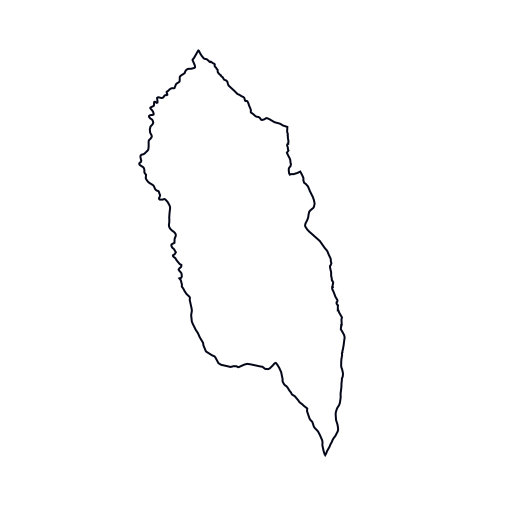 Durania, Norte de Santander, Colombia (Equal Earth projection), rotated 331°
{"feature_id": "7082276B9527918417262", "entity_name": "Durania", "entity_type": "district", "adm_level": 2, "iso_a3": "COL", "parent_name": "Colombia", "parent_adm1": "Norte de Santander", "projection": "equal_earth", "projection_center": [-72.667, 7.738], "detail": "fine", "context": "isolated", "style": "outline", "palette": "ink", "viewbox_px": 512, "rotation_deg": 331, "n_neighbors": 0, "source": "geoboundaries", "source_scale": "gbopen_adm2", "svg_char_len": 6042}
<svg xmlns="http://www.w3.org/2000/svg" viewBox="0 0 512 512"><g transform="rotate(331 256 256)"><path d="M220.0,463.7L221.5,462.8L223.7,461.0L227.5,458.7L230.0,456.7L231.7,455.7L234.0,453.9L235.7,452.9L238.1,451.9L242.7,448.8L243.8,447.4L244.8,445.1L245.6,442.7L246.5,438.2L249.0,432.9L250.3,431.1L252.4,429.1L253.6,428.2L256.1,426.9L258.0,425.3L260.1,422.6L261.5,420.7L263.3,417.3L266.9,412.4L269.1,408.7L270.6,406.7L271.8,404.7L273.2,403.7L274.5,402.0L275.4,400.2L276.5,396.4L276.6,395.1L277.1,393.6L279.2,389.9L280.7,387.6L283.3,384.4L283.9,382.9L284.3,382.4L284.9,382.2L285.4,381.1L286.2,380.4L289.0,377.0L294.1,370.1L294.7,368.0L294.8,365.3L294.7,361.1L296.7,358.3L297.4,356.9L297.4,357.9L297.7,357.6L300.0,352.9L301.4,351.4L301.3,345.7L301.7,343.4L301.2,343.2L303.3,339.5L303.8,338.9L303.6,338.5L303.4,337.1L303.4,336.7L303.8,335.9L304.1,335.5L304.9,335.4L305.6,334.5L305.8,333.8L305.7,330.2L306.5,324.7L306.6,322.2L306.9,321.3L307.9,319.4L307.8,320.3L308.1,320.4L308.2,319.8L308.8,318.7L309.6,318.0L310.7,316.5L310.8,314.2L310.6,314.1L310.7,313.7L311.6,311.8L312.0,310.0L313.8,306.7L315.2,301.9L315.9,300.6L316.9,300.2L318.4,298.9L318.8,297.2L319.9,294.9L320.1,293.5L320.2,290.8L320.7,286.5L320.6,285.3L320.0,282.3L319.1,273.9L314.2,259.9L313.6,257.3L313.4,254.0L313.7,253.1L315.0,251.6L318.5,249.2L320.3,247.6L322.1,245.2L324.1,243.0L325.8,242.4L329.5,241.7L330.6,241.0L332.0,239.4L332.7,238.5L333.7,235.4L334.3,232.1L334.6,225.3L335.2,220.4L334.5,217.2L333.6,215.2L334.2,212.6L335.0,211.3L335.3,210.6L335.4,209.8L335.6,207.0L335.6,203.6L331.8,203.4L331.1,203.1L328.7,202.7L326.2,201.3L325.1,201.3L325.0,199.8L326.3,196.7L327.0,195.6L327.8,194.9L329.8,194.1L331.1,192.6L331.5,190.9L332.5,188.7L332.8,186.8L332.9,182.7L333.1,180.6L335.5,179.5L335.7,178.1L336.3,176.9L336.9,174.2L337.5,173.5L338.6,173.6L339.1,172.4L339.8,171.9L341.3,167.8L341.9,166.8L342.2,165.7L342.6,165.4L343.0,164.7L343.2,163.3L343.7,162.0L346.0,158.3L342.9,155.0L341.3,152.2L340.6,151.4L337.0,147.9L334.1,142.9L332.9,141.3L331.9,140.4L331.5,140.3L330.2,140.5L329.0,140.4L327.9,140.2L326.7,139.6L326.5,139.0L326.3,137.1L326.1,136.6L325.6,135.7L324.2,134.6L323.4,133.6L322.3,130.4L321.2,128.2L321.2,127.5L322.1,126.3L322.6,124.3L322.8,121.7L323.3,119.0L323.5,117.1L323.4,116.5L323.0,115.8L322.0,115.4L321.8,115.0L321.8,114.4L322.4,112.3L322.2,111.4L322.0,110.8L320.8,109.2L319.7,107.1L318.3,105.3L317.2,101.3L314.7,93.8L314.8,92.0L315.4,89.9L315.3,89.0L315.1,88.2L313.6,86.3L313.5,84.9L313.6,83.8L312.8,82.0L312.8,80.7L312.2,79.6L311.7,77.1L311.8,76.3L312.6,74.8L312.6,74.0L312.3,73.1L312.4,72.0L311.9,70.4L312.0,69.6L312.7,68.7L312.8,67.9L311.9,66.6L310.8,64.3L310.5,64.0L309.9,64.2L309.6,63.8L308.7,60.9L308.2,59.9L306.8,58.8L306.2,58.0L305.6,55.1L305.4,52.2L305.5,48.8L305.2,48.3L304.9,48.4L297.5,52.9L296.1,53.3L295.5,53.8L295.0,58.6L294.8,60.0L294.3,61.2L293.7,61.6L292.4,61.4L290.3,60.9L287.3,59.4L286.5,59.3L284.8,59.6L283.7,60.2L282.2,61.5L277.8,61.8L276.4,62.2L275.9,62.8L274.1,65.9L273.5,66.4L272.6,66.6L270.2,66.7L269.3,67.0L266.1,69.6L265.4,69.4L263.8,68.5L262.9,68.3L261.2,68.4L259.2,69.0L257.9,69.0L257.5,69.1L257.1,69.7L256.9,71.3L256.6,72.0L256.0,72.1L255.1,71.5L253.8,71.3L252.4,72.1L251.0,72.4L249.9,72.0L247.7,69.9L247.3,69.7L246.1,69.8L244.8,73.0L244.2,74.0L243.5,74.0L242.4,72.1L241.9,71.9L241.6,72.0L240.6,73.4L240.0,74.5L239.4,75.1L235.6,75.0L235.4,75.1L235.2,75.6L235.3,76.4L235.7,77.9L235.9,79.9L235.5,81.9L235.2,82.4L234.9,82.6L234.1,82.5L231.6,81.5L230.5,81.6L230.1,82.0L229.9,82.8L230.2,84.3L231.3,86.5L231.2,88.1L230.7,89.7L230.1,90.2L229.1,90.8L227.6,91.2L226.4,91.7L224.5,93.8L223.4,96.3L223.2,97.1L223.2,99.6L222.9,100.7L222.5,101.3L220.8,102.2L218.9,102.7L218.2,103.1L217.6,103.8L215.2,108.2L214.0,109.9L213.3,110.7L212.7,111.1L208.1,112.4L206.7,112.4L205.1,111.9L203.9,112.1L203.1,113.0L202.8,113.7L201.8,117.1L201.0,117.9L199.4,118.1L198.6,118.7L198.4,119.3L198.6,120.3L200.3,123.5L200.5,124.1L200.5,124.7L200.4,125.6L199.9,127.0L198.9,128.7L198.9,130.0L199.2,131.4L199.1,131.8L197.3,134.5L197.2,135.8L197.3,137.1L197.7,139.3L198.2,140.4L200.1,143.8L200.5,144.8L200.5,146.0L200.2,148.6L200.5,149.8L201.2,151.1L201.8,151.5L202.2,152.3L202.1,153.1L201.8,154.5L201.7,155.8L201.6,156.3L200.7,157.3L199.0,158.6L198.9,159.2L199.2,160.0L201.4,161.3L203.4,161.7L204.1,162.6L204.6,164.5L204.9,166.1L204.9,169.8L204.6,171.3L204.2,172.3L200.8,177.1L198.5,180.7L197.9,182.1L196.4,184.6L195.0,186.4L194.3,188.0L194.1,189.6L194.3,191.2L195.0,193.3L195.8,194.9L196.3,196.7L196.3,197.9L196.1,198.6L195.6,199.4L195.2,199.9L194.3,200.5L193.0,201.7L191.1,204.9L187.8,204.9L187.3,205.4L186.9,206.2L186.8,207.9L186.9,208.5L187.4,209.5L187.6,210.3L187.7,213.9L185.9,214.9L185.4,215.1L184.1,215.0L183.6,215.3L183.4,215.5L183.5,216.9L184.1,218.0L184.4,218.9L184.5,221.4L185.3,225.8L185.6,226.4L186.4,227.6L185.9,228.5L185.2,229.2L182.9,229.7L181.7,230.4L181.8,232.0L182.3,233.9L182.4,234.9L182.3,235.4L181.2,237.9L180.1,238.8L178.1,238.4L178.5,240.6L177.4,245.0L176.3,246.8L176.3,247.1L176.6,249.0L176.5,251.9L176.8,255.6L178.0,259.2L178.0,260.4L176.7,262.4L174.3,270.4L173.5,272.6L170.6,276.3L168.1,282.2L167.8,284.6L167.5,291.3L167.8,295.3L167.4,300.0L167.6,306.3L166.7,308.6L166.0,314.6L166.1,315.5L169.4,321.5L171.0,323.6L171.3,325.0L171.2,331.5L171.5,332.1L172.8,334.3L177.2,338.2L179.9,340.7L183.3,341.6L184.2,342.3L185.0,342.6L185.5,343.0L186.1,344.1L186.5,344.6L187.0,344.8L192.9,345.3L195.9,346.0L198.7,348.1L206.8,355.2L207.9,355.9L209.2,359.1L211.7,360.8L213.4,361.0L217.1,360.0L220.3,358.9L221.5,359.1L221.9,361.1L222.1,364.8L221.7,369.8L219.5,376.8L218.8,377.8L218.4,379.0L218.4,381.8L218.8,383.4L219.4,384.4L219.8,386.1L220.0,390.1L220.4,392.4L220.3,394.4L220.5,394.9L221.9,397.3L222.2,398.5L222.4,399.9L222.9,402.1L223.1,404.3L223.3,405.3L224.6,408.2L225.1,410.0L226.9,414.2L225.4,416.4L224.0,424.2L224.1,425.8L224.8,428.3L224.4,430.9L224.0,432.4L223.9,434.3L225.2,439.5L225.1,443.3L224.6,448.8L224.4,449.8L223.9,451.1L222.4,453.5L222.0,454.6L220.5,459.7L220.0,462.1L220.0,463.7Z" fill="none" stroke="#020617" stroke-width="2"/></g></svg>